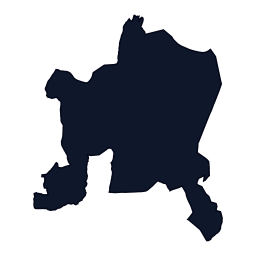 Baringo South, Rift Valley, Kenya
{"feature_id": "3690345B40678140924762", "entity_name": "Baringo South", "entity_type": "district", "adm_level": 2, "iso_a3": "KEN", "parent_name": "Kenya", "parent_adm1": "Rift Valley", "projection": "robinson", "projection_center": [36.066, 0.459], "detail": "fine", "context": "isolated", "style": "filled", "palette": "ink", "viewbox_px": 256, "rotation_deg": 0, "n_neighbors": 0, "source": "geoboundaries", "source_scale": "gbopen_adm2", "svg_char_len": 5756}
<svg xmlns="http://www.w3.org/2000/svg" viewBox="0 0 256 256"><path d="M34.8,208.0L36.2,208.5L43.2,208.4L45.3,208.5L47.2,208.7L48.0,209.6L50.8,210.3L53.6,209.7L54.7,209.9L55.7,209.5L56.8,208.7L57.9,208.0L58.9,208.1L60.9,207.4L61.5,206.8L63.6,205.4L64.6,205.3L67.6,203.5L68.6,203.3L71.0,204.0L73.2,203.3L73.5,203.3L74.1,203.4L74.6,204.1L75.9,204.6L76.6,204.0L77.8,203.7L77.8,202.7L79.6,201.0L80.2,200.9L81.0,200.3L81.8,200.2L82.2,198.9L85.1,195.5L85.9,192.7L85.2,191.7L85.1,190.1L84.3,188.9L84.6,187.5L85.4,186.4L86.3,185.4L86.6,184.3L86.7,183.4L86.4,182.5L85.6,182.2L85.0,181.8L85.6,181.2L86.2,180.1L86.9,178.3L87.0,177.0L87.3,175.9L86.9,175.0L86.8,174.5L86.3,172.0L86.6,169.3L86.6,168.1L86.4,167.3L86.6,165.9L87.0,164.2L87.1,161.8L88.0,161.2L87.7,160.2L88.4,158.1L88.2,156.7L87.6,155.6L87.4,155.0L88.9,155.0L90.7,155.4L98.9,154.7L100.0,154.0L106.7,149.3L107.5,148.3L108.3,148.1L111.3,148.0L111.9,148.3L112.1,149.1L113.5,151.2L113.7,151.8L114.0,152.6L114.1,153.1L114.1,153.5L113.7,156.3L113.4,159.0L112.9,160.4L112.2,161.9L111.2,162.8L111.8,164.5L112.1,166.2L111.8,168.5L111.8,169.5L112.2,170.6L112.5,171.5L112.6,172.5L112.5,174.1L112.3,175.4L112.0,176.6L111.9,178.0L111.4,180.5L111.2,181.0L111.0,182.9L110.0,186.5L109.8,188.0L109.9,189.3L109.7,190.5L109.3,192.1L115.0,192.5L118.4,192.3L121.7,192.1L124.8,192.2L134.8,191.8L137.8,191.6L141.5,191.5L145.8,190.9L147.7,189.8L150.6,187.3L152.4,185.8L156.1,182.0L158.0,180.5L159.6,181.6L160.5,181.7L163.7,183.2L165.0,183.2L166.2,183.9L166.4,184.1L167.0,185.0L167.4,186.3L168.1,187.7L168.7,188.6L169.5,189.5L170.0,190.7L170.9,190.1L173.0,189.3L178.7,187.5L180.6,186.6L182.2,186.1L186.0,192.7L186.3,194.0L186.5,195.1L186.5,195.7L186.9,196.6L187.5,198.5L188.5,200.8L191.0,205.9L192.9,211.4L193.1,212.7L189.2,217.8L187.8,219.4L189.1,220.1L190.3,221.2L192.9,223.3L200.1,229.4L201.3,231.2L206.1,239.5L206.8,240.6L208.3,240.5L209.5,240.0L210.3,239.4L210.9,238.9L211.0,238.4L211.3,237.6L211.6,237.3L211.9,237.0L212.7,236.7L213.1,236.1L213.5,235.7L214.4,235.3L215.6,233.9L217.5,232.8L219.1,231.1L219.3,230.8L219.6,230.0L220.2,229.2L220.3,228.8L220.5,228.1L220.4,227.7L220.3,227.2L220.6,226.2L221.0,224.5L221.4,223.6L222.0,221.8L221.9,220.0L222.1,219.0L222.0,217.6L221.1,214.0L220.4,211.7L218.0,211.2L215.9,210.3L216.8,206.4L216.1,203.7L214.5,203.1L210.8,202.1L210.2,200.3L209.6,198.7L209.2,197.4L208.8,196.6L208.6,196.3L206.4,194.4L205.5,193.4L201.7,186.7L199.0,185.5L198.4,185.4L197.8,185.0L196.6,183.8L197.2,181.3L197.7,180.3L198.0,179.2L198.2,178.8L198.4,178.4L204.5,175.4L203.7,180.9L205.1,180.1L205.4,179.9L206.4,178.6L207.9,176.7L208.8,176.0L209.3,175.5L209.1,174.3L209.1,173.9L209.1,173.0L209.2,172.3L209.1,171.4L209.0,170.3L209.1,169.2L209.0,167.3L209.1,166.6L208.9,166.3L208.9,165.9L208.8,165.5L208.9,163.9L208.6,163.0L208.7,161.9L208.4,161.7L208.1,161.5L208.1,161.0L207.3,160.0L206.9,159.7L205.0,158.1L197.1,152.6L197.7,146.5L197.8,143.1L198.1,142.6L198.5,141.8L205.3,124.6L209.4,114.4L211.1,110.7L213.2,105.1L213.8,103.5L214.1,103.0L217.5,94.3L218.5,91.8L220.0,87.6L221.3,83.8L220.7,81.7L219.6,76.6L216.6,62.4L215.4,56.6L210.4,49.5L209.4,50.3L208.5,51.0L206.7,51.9L205.2,52.4L203.2,52.7L201.0,52.5L197.7,52.0L196.0,51.5L195.6,51.5L193.6,51.0L191.5,50.4L189.1,49.6L181.0,46.1L177.7,44.0L175.2,41.6L173.0,39.3L171.7,37.0L163.4,30.0L145.4,34.5L144.9,33.7L144.7,32.2L144.0,31.2L143.1,30.2L142.2,28.7L141.6,27.9L140.7,27.0L140.8,26.1L141.4,25.2L141.9,23.5L142.6,21.8L142.9,20.4L143.1,19.0L142.5,17.6L141.4,17.5L140.6,18.5L140.1,19.7L139.2,20.3L139.7,19.0L138.6,18.5L138.5,17.5L138.9,16.4L138.2,16.6L137.3,16.3L136.8,16.5L136.0,17.0L135.2,15.8L134.4,15.4L133.9,15.9L133.7,17.2L133.3,18.6L132.2,20.6L131.9,21.5L130.9,21.0L129.9,20.1L129.3,19.0L128.6,19.7L127.2,21.8L126.0,22.6L125.5,23.9L124.8,24.6L124.0,25.9L123.5,27.4L123.6,28.6L123.4,31.3L123.0,32.5L121.4,36.2L121.4,37.0L120.0,41.8L119.7,43.2L119.6,45.8L119.1,48.5L119.3,49.6L119.2,50.9L118.8,51.8L118.7,52.6L118.9,53.6L118.5,54.8L118.1,57.2L118.2,58.8L118.5,60.4L118.2,61.6L117.7,62.7L117.2,63.9L114.1,64.7L104.3,65.3L93.3,72.7L92.9,74.5L92.5,76.1L91.9,77.7L90.5,79.9L88.9,81.7L87.8,82.6L86.6,83.0L84.9,82.8L81.5,81.9L77.5,80.5L75.6,79.6L74.0,78.3L73.0,77.0L72.2,75.7L70.7,73.8L69.7,72.9L68.6,72.3L68.0,72.0L66.0,71.5L64.7,71.5L63.8,71.4L62.7,71.1L61.3,71.2L60.3,71.0L59.2,70.5L58.1,69.8L56.9,69.8L56.1,69.6L55.7,70.5L53.6,73.9L52.8,74.7L51.3,77.2L50.3,78.8L49.2,80.1L48.5,80.9L47.8,82.3L46.8,85.2L45.7,87.9L45.4,89.2L46.9,92.1L47.2,93.3L47.2,93.8L46.7,95.4L47.5,96.8L48.7,97.3L50.3,97.6L51.9,98.3L53.1,97.9L54.4,97.8L55.4,97.3L55.8,97.3L56.9,97.5L58.0,98.5L58.7,99.6L59.3,100.2L59.9,100.6L60.8,101.0L61.0,101.8L61.1,102.8L61.1,104.5L61.0,105.8L60.6,108.8L60.5,110.2L60.7,111.7L60.8,113.3L60.9,116.0L61.0,117.4L61.3,118.3L61.1,119.9L61.4,121.7L62.0,122.7L62.6,123.9L63.4,124.9L63.4,125.7L63.3,127.2L63.1,133.7L63.0,134.7L63.0,136.2L62.9,136.6L62.4,138.6L62.2,139.8L61.6,141.0L61.6,142.0L61.9,145.2L62.6,146.6L64.0,149.4L65.9,152.7L66.5,153.9L67.2,154.9L67.6,155.9L67.5,157.2L67.6,158.8L68.1,160.2L68.4,161.4L68.9,162.3L70.0,163.9L70.2,164.3L70.4,165.1L69.7,165.6L68.4,165.8L65.1,166.7L62.1,167.9L59.7,167.9L57.8,167.1L57.7,165.7L57.6,164.7L57.4,163.6L56.5,162.8L55.6,163.4L55.1,164.6L53.8,166.5L52.3,168.4L51.4,169.3L51.0,170.2L49.6,171.2L48.0,173.0L46.8,174.2L45.7,174.5L43.6,174.8L42.2,174.8L42.0,175.7L41.9,176.6L43.2,176.7L44.6,176.7L44.9,180.0L44.7,182.0L43.9,183.7L43.8,184.6L44.1,186.7L44.5,187.9L45.2,188.0L46.1,188.0L47.1,188.4L46.9,190.3L47.5,192.1L47.9,193.3L48.0,194.4L47.1,194.8L44.1,194.9L42.6,194.7L42.2,194.6L41.3,193.9L40.0,193.8L37.3,193.3L36.9,193.2L36.3,192.8L34.2,193.6L34.5,195.5L34.9,196.7L34.5,197.8L33.9,198.8L34.0,199.8L34.3,200.9L34.2,202.8L34.0,204.1L34.3,206.8L34.8,208.0Z" fill="#0f172a" stroke="#020617" stroke-width="1.5"/></svg>